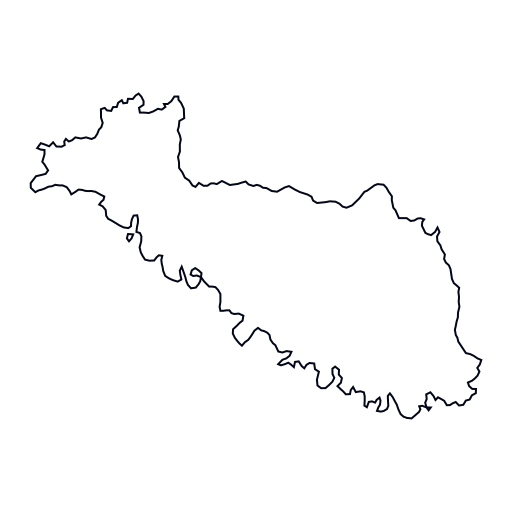 Rio Negro, Paraná, Brazil
{"feature_id": "56859067B64228633599215", "entity_name": "Rio Negro", "entity_type": "district", "adm_level": 2, "iso_a3": "BRA", "parent_name": "Brazil", "parent_adm1": "Paraná", "projection": "orthographic", "projection_center": [-49.709, -26.09], "detail": "fine", "context": "isolated", "style": "outline", "palette": "ink", "viewbox_px": 512, "rotation_deg": 0, "n_neighbors": 0, "source": "geoboundaries", "source_scale": "gbopen_adm2", "svg_char_len": 5193}
<svg xmlns="http://www.w3.org/2000/svg" viewBox="0 0 512 512"><path d="M178.3,96.5L174.4,96.5L171.3,101.2L167.7,104.0L164.0,104.0L165.4,106.9L161.8,109.6L157.9,108.8L153.3,111.4L148.9,113.0L143.9,112.6L139.9,112.6L139.0,107.8L143.5,104.8L143.6,101.2L141.4,96.7L138.6,93.6L135.6,95.5L132.8,99.0L128.0,98.8L127.1,102.8L123.3,103.3L121.8,100.2L118.1,102.8L116.8,107.0L113.0,107.1L111.2,110.9L107.0,110.4L104.7,107.9L100.9,109.2L101.0,113.9L101.0,117.6L102.7,122.9L101.3,127.2L99.0,129.6L97.2,134.0L94.9,137.5L91.5,139.0L86.1,137.4L81.0,138.5L75.3,137.4L72.1,140.2L68.8,141.5L65.9,138.9L64.2,141.6L64.7,145.1L61.6,146.7L56.4,146.5L53.1,142.3L49.2,146.3L44.7,144.5L40.8,143.2L37.2,148.1L40.8,149.6L44.5,150.0L44.5,154.3L43.5,157.8L42.3,161.8L44.5,164.5L48.1,170.4L45.6,173.9L40.8,175.1L36.0,176.2L33.5,179.5L30.7,183.1L30.8,187.8L35.3,192.2L38.6,190.4L41.8,189.6L45.0,188.4L48.4,186.7L52.1,186.2L55.3,184.8L59.2,185.4L62.6,185.4L66.8,187.2L69.8,191.3L71.3,194.4L75.0,192.1L78.5,189.6L82.2,189.9L85.0,190.8L88.0,191.1L91.4,191.0L95.5,191.8L100.3,194.5L104.3,196.5L103.5,199.8L101.2,201.8L99.2,204.6L102.6,206.3L105.7,210.0L106.2,215.8L108.2,218.8L111.8,220.7L115.6,223.0L119.3,225.3L123.6,227.4L128.3,228.1L131.0,226.2L131.1,223.0L131.9,219.3L133.6,215.6L137.2,215.3L138.0,219.3L137.9,222.9L137.0,226.9L136.4,231.9L140.0,233.1L141.4,236.4L141.2,241.4L139.6,247.3L140.8,252.4L142.5,255.7L145.0,259.6L149.4,260.7L154.2,260.5L156.5,257.4L158.8,255.3L162.3,255.8L161.3,260.0L161.8,263.9L162.6,267.2L163.2,270.9L165.2,275.9L168.9,278.3L172.8,280.1L177.7,281.6L181.4,279.5L180.4,275.0L179.8,270.7L181.7,266.7L183.9,272.9L185.4,277.4L186.4,281.3L187.9,284.9L191.0,288.3L195.8,287.6L198.5,284.3L200.2,281.3L201.0,277.1L203.9,281.2L206.4,283.8L209.2,286.6L212.3,286.6L215.4,287.1L218.1,290.0L220.4,294.0L220.4,297.8L220.4,302.0L219.6,306.8L220.4,310.8L223.3,310.8L226.6,310.3L229.4,310.3L231.4,313.1L234.2,314.0L238.8,313.6L243.4,315.7L242.5,320.7L239.8,322.7L236.9,325.7L233.1,329.2L232.8,333.5L234.8,337.7L237.0,340.6L239.2,343.2L241.9,345.7L244.8,342.3L248.2,339.9L250.2,337.3L252.2,334.3L254.5,330.6L258.0,327.9L261.3,330.4L264.2,331.1L267.3,332.7L269.5,335.0L270.4,339.5L272.9,343.2L275.3,345.1L276.7,348.0L278.3,351.5L282.4,352.5L286.5,351.1L291.4,351.8L289.6,355.8L286.3,358.4L282.4,359.8L278.2,364.2L281.0,365.3L285.0,364.1L288.3,362.7L291.0,364.6L293.9,367.1L295.0,361.9L298.7,361.4L301.7,366.1L304.3,368.3L306.5,364.8L309.5,363.0L314.2,363.5L315.0,369.2L318.9,371.7L318.0,375.4L316.9,379.8L317.5,385.5L321.1,388.2L325.5,388.1L329.0,385.1L332.4,381.7L334.3,377.8L332.5,374.0L332.4,368.7L335.1,366.6L339.0,369.7L338.8,374.6L341.9,378.0L340.9,382.7L337.5,386.1L340.6,389.1L343.2,391.4L345.8,394.3L350.0,394.1L350.7,390.2L353.1,387.0L355.8,392.1L360.5,391.3L363.9,392.4L364.7,396.4L364.7,400.7L364.4,405.6L366.9,407.2L368.8,401.9L372.0,401.4L375.1,402.6L376.6,399.9L379.5,397.6L380.5,400.6L380.0,404.7L378.3,407.5L377.0,410.9L380.8,411.6L383.7,411.0L387.0,409.0L388.3,405.9L388.0,400.6L387.8,395.9L389.9,393.4L392.7,397.1L394.8,401.1L396.8,404.7L398.4,409.4L400.6,414.1L403.6,416.7L406.8,417.9L411.6,418.4L416.0,414.6L419.0,412.0L420.4,409.3L419.2,406.3L422.2,405.8L426.5,407.4L425.2,402.7L426.7,399.0L426.2,394.4L430.4,392.3L433.5,396.0L435.5,400.0L438.0,397.3L441.5,399.2L444.2,400.8L446.8,405.2L450.0,405.1L452.5,403.4L455.7,402.0L459.0,405.5L463.3,404.8L465.8,400.6L469.7,399.5L471.9,395.3L475.8,393.2L476.0,389.0L472.2,388.9L469.1,386.1L467.9,382.5L471.9,380.8L474.7,378.6L477.5,375.7L479.4,371.6L477.3,367.9L479.8,364.5L481.3,360.0L477.5,358.4L473.7,355.8L470.2,354.1L465.9,353.1L462.2,347.5L458.3,341.6L457.4,337.8L455.8,335.0L454.9,329.8L455.8,325.9L456.5,322.0L457.9,317.2L458.0,312.7L459.4,306.8L458.7,302.0L459.0,296.9L458.4,291.9L459.2,287.8L456.7,285.5L453.9,283.2L452.0,279.1L451.3,274.5L450.5,269.1L448.9,265.3L445.8,262.5L444.1,259.0L444.9,254.5L441.6,249.3L440.4,245.4L437.4,241.3L437.0,236.5L439.5,232.0L437.5,227.5L435.1,231.9L431.1,235.1L428.0,234.2L425.4,232.9L421.9,225.7L422.3,221.9L424.1,219.4L420.5,218.2L417.4,218.6L414.5,220.4L410.7,221.0L406.6,218.1L403.3,218.1L398.9,218.1L395.5,210.3L393.3,207.7L391.8,200.2L391.9,196.3L388.8,191.9L386.5,187.8L383.6,184.7L377.6,184.1L374.5,185.3L367.1,190.7L364.4,191.8L359.2,198.5L352.2,205.3L349.2,206.6L346.5,207.7L342.6,206.6L339.5,203.7L335.5,201.7L329.9,201.3L325.8,202.1L317.1,203.0L313.1,200.6L311.5,196.7L307.5,194.5L300.0,192.1L295.1,189.7L289.0,186.1L284.8,187.4L277.1,191.7L271.7,191.0L266.4,188.0L263.1,187.8L259.7,185.6L256.6,184.9L253.4,186.0L248.5,184.4L245.7,181.5L240.8,182.9L237.9,183.9L229.8,185.0L225.0,182.5L221.9,181.0L216.8,184.1L213.5,183.3L210.6,183.5L207.5,185.7L203.6,185.8L198.9,182.9L195.5,186.9L192.5,185.5L189.2,180.6L184.9,177.7L182.3,172.3L179.1,168.0L179.0,162.2L178.0,157.0L179.9,151.6L179.8,144.5L180.8,139.5L179.9,135.5L177.7,130.3L178.8,126.6L179.4,120.9L184.2,118.2L183.8,108.7L181.1,102.9L178.5,99.8L178.3,96.5ZM201.0,277.1L196.8,275.5L193.2,276.0L190.6,274.5L191.8,270.3L195.2,268.1L198.5,270.3L201.5,273.1L201.0,277.1ZM131.5,238.5L133.2,234.4L128.0,234.0L126.9,238.4L129.0,241.3L131.5,238.5ZM426.5,407.4L428.6,410.3L430.7,407.5L426.5,407.4Z" fill="none" stroke="#020617" stroke-width="2"/></svg>